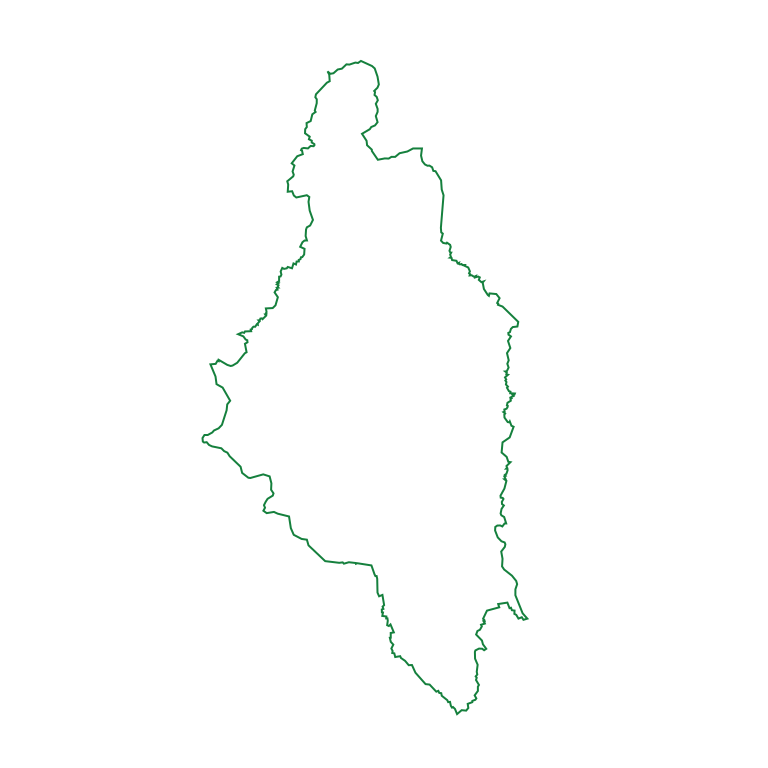 the district of Khanu Woralaksaburi, Kamphaeng Phet, Thailand, rotated 98°
{"feature_id": "78962969B71867994659832", "entity_name": "Khanu Woralaksaburi", "entity_type": "district", "adm_level": 2, "iso_a3": "THA", "parent_name": "Thailand", "parent_adm1": "Kamphaeng Phet", "projection": "robinson", "projection_center": [99.636, 16.012], "detail": "fine", "context": "isolated", "style": "outline", "palette": "green", "viewbox_px": 768, "rotation_deg": 98, "n_neighbors": 0, "source": "geoboundaries", "source_scale": "gbopen_adm2", "svg_char_len": 6132}
<svg xmlns="http://www.w3.org/2000/svg" viewBox="0 0 768 768"><g transform="rotate(98 384 384)"><path d="M700.7,265.7L696.2,261.7L696.0,257.2L693.1,255.4L689.1,256.6L686.8,252.3L685.5,252.4L684.0,249.6L682.5,248.8L679.7,250.9L674.9,248.3L670.7,248.9L668.8,248.1L664.3,251.7L662.0,251.3L660.8,252.5L658.7,251.2L656.1,252.1L649.0,252.2L643.3,255.6L636.7,256.7L635.1,256.4L632.8,253.1L632.5,249.9L633.7,247.8L632.0,245.9L628.0,249.8L624.4,251.3L619.3,257.9L615.6,257.1L614.0,254.8L610.5,253.4L608.9,254.4L607.2,250.8L605.1,252.4L604.9,251.3L603.7,251.8L602.7,253.2L594.1,250.5L589.1,238.8L586.0,240.3L583.3,231.4L588.5,228.5L587.9,227.1L590.2,225.9L590.2,223.2L593.5,222.9L594.2,220.9L597.6,218.2L595.8,215.1L598.1,213.1L596.4,209.4L591.8,214.8L574.9,224.5L569.0,225.3L563.7,224.3L560.6,225.7L556.0,230.6L551.0,239.2L548.2,241.7L540.6,242.3L533.6,244.6L528.5,241.7L525.8,241.5L524.1,242.5L523.4,245.8L520.1,250.0L513.6,253.6L510.1,253.9L508.4,252.1L507.9,249.2L508.6,247.0L505.4,245.2L505.1,243.6L499.0,246.5L497.7,249.5L496.0,250.5L491.3,250.2L487.6,248.4L486.5,250.4L484.4,250.9L481.2,249.7L480.3,250.6L480.3,252.6L478.4,253.1L470.8,250.2L462.9,249.3L461.5,251.6L461.1,250.4L458.7,252.0L458.0,250.7L457.1,251.6L455.9,250.3L452.3,249.6L450.6,250.0L450.8,251.2L449.8,250.5L448.2,251.3L443.8,247.9L443.7,250.1L439.1,252.4L435.5,258.0L425.3,258.5L419.4,252.1L408.3,249.7L407.6,252.0L403.6,254.2L404.5,254.5L404.5,256.2L400.5,260.0L397.6,260.6L396.4,259.9L395.2,261.8L394.6,260.7L392.5,261.3L391.4,259.2L389.6,258.4L388.4,258.4L388.1,259.3L385.4,259.1L382.9,256.1L381.1,256.7L380.5,255.8L379.7,256.8L377.9,254.1L377.1,255.0L376.4,253.4L375.2,253.1L375.6,257.7L374.0,257.7L373.7,259.3L370.6,261.7L369.4,260.9L367.5,263.2L365.0,263.0L363.7,264.3L362.5,263.6L360.6,265.1L357.6,262.5L357.4,264.2L355.7,264.0L354.7,265.7L354.3,264.2L350.4,262.9L346.8,264.7L343.2,263.8L336.3,266.5L330.8,263.9L324.1,267.2L319.2,264.9L317.8,267.6L316.1,268.0L315.1,266.5L311.8,266.0L309.7,264.4L308.5,259.9L303.8,259.7L290.8,277.4L289.7,282.2L288.5,282.1L288.0,283.2L282.9,281.5L279.3,285.3L279.6,292.1L282.1,292.4L281.4,293.6L276.0,298.3L269.8,300.4L268.6,299.7L269.6,301.7L267.7,304.6L265.1,304.0L264.5,305.8L265.7,308.4L264.3,308.1L265.3,309.7L264.1,312.4L264.6,314.3L263.2,314.1L262.5,315.2L260.5,314.6L256.9,316.8L255.7,320.7L254.9,320.4L255.3,322.9L254.4,323.9L255.0,325.4L254.5,326.9L253.6,326.7L254.3,327.9L251.9,329.4L251.8,333.8L249.7,334.7L249.7,336.1L249.0,335.3L246.7,336.5L244.6,335.8L244.7,336.6L243.0,337.7L239.0,337.0L237.0,337.9L235.3,341.3L236.2,341.8L236.1,345.0L234.1,347.5L226.9,346.7L225.9,348.4L221.5,349.4L188.8,351.3L183.4,353.9L174.4,355.8L166.1,362.6L166.1,364.8L162.7,366.5L161.4,369.4L161.8,371.3L160.9,374.0L158.1,377.0L152.7,379.1L145.5,379.2L146.7,388.0L150.5,393.2L153.3,400.7L157.5,404.5L158.0,408.2L160.1,410.7L160.5,414.6L162.8,421.3L155.0,428.4L153.6,428.7L149.9,434.0L145.6,435.1L139.3,440.6L133.6,433.5L131.3,432.4L129.2,428.9L125.6,426.8L119.8,429.4L115.4,428.2L112.5,428.6L107.7,431.1L103.9,429.6L100.7,431.2L99.1,433.6L96.1,433.5L95.2,434.5L91.5,431.7L88.1,430.8L80.5,433.2L72.8,437.1L70.8,440.1L67.3,451.8L69.7,454.4L69.7,457.1L72.5,462.7L72.7,465.7L77.6,469.6L79.0,473.6L83.3,477.3L84.3,480.3L82.3,483.4L85.2,481.3L91.7,479.9L93.6,482.5L106.6,491.7L109.6,491.9L111.4,490.2L115.3,489.7L122.9,490.6L124.1,489.6L126.9,492.5L133.8,493.2L136.4,497.0L140.3,496.2L142.6,497.5L146.7,497.1L149.4,492.0L152.1,492.4L153.1,489.4L154.9,489.2L156.1,486.4L157.1,486.1L158.3,486.8L158.5,489.8L161.3,492.1L161.4,496.3L162.4,498.2L164.0,498.7L164.4,497.6L167.7,496.4L170.5,501.6L178.3,506.1L180.1,503.1L186.3,504.1L189.3,502.5L191.0,502.8L196.7,508.0L199.9,506.6L207.0,506.1L205.9,501.8L209.9,499.5L211.5,496.8L207.8,486.7L209.2,484.0L214.1,484.1L222.7,481.7L231.4,477.2L237.3,479.2L239.6,482.2L241.9,482.7L248.4,482.2L252.6,480.3L253.0,482.7L255.0,484.5L259.8,486.1L261.2,481.5L266.9,481.1L269.7,482.6L270.1,483.9L272.0,484.1L273.0,485.7L274.5,485.4L274.9,487.6L277.9,487.8L277.2,490.4L282.2,491.2L281.5,495.6L283.0,496.4L283.9,499.0L283.2,500.9L287.0,502.0L290.0,500.8L291.9,501.4L292.3,502.8L296.7,502.2L298.1,503.9L298.6,502.4L300.2,504.0L300.9,502.2L302.8,502.8L303.3,502.1L303.7,503.6L305.4,502.6L306.0,504.1L308.5,505.1L312.8,501.2L321.2,502.4L324.3,504.8L325.6,511.5L329.1,510.3L330.6,510.9L330.8,510.2L331.7,510.2L331.8,511.2L332.8,510.3L336.7,513.3L336.0,514.1L336.4,515.5L338.1,515.9L338.4,517.0L339.2,515.9L341.6,517.5L342.9,517.2L342.6,518.3L345.2,519.5L345.4,521.2L346.6,522.2L348.0,522.4L348.6,523.6L350.2,522.9L351.3,529.0L352.8,529.6L352.6,531.6L355.0,535.4L356.4,529.9L359.2,527.2L359.7,525.5L361.7,525.0L363.5,527.3L371.7,524.5L372.9,526.1L383.4,532.3L386.8,536.5L387.5,538.3L386.9,541.8L383.1,551.0L384.4,550.9L384.1,552.1L387.5,553.5L388.7,558.6L400.0,551.9L407.5,549.8L410.0,543.3L422.0,534.0L426.0,536.4L431.9,536.2L447.0,538.8L450.9,541.6L453.7,545.9L455.9,547.3L459.0,551.4L459.5,554.7L462.8,556.2L466.2,555.4L467.0,554.0L466.3,551.5L468.7,548.8L469.7,545.6L470.3,536.1L472.7,533.0L473.8,529.5L477.0,526.8L485.9,514.5L491.8,512.1L495.7,505.3L495.7,503.3L490.3,491.0L491.4,484.4L498.0,481.7L504.4,481.1L507.7,478.2L510.0,478.6L513.9,483.3L516.9,484.7L520.7,486.0L523.1,484.6L526.3,485.8L528.2,482.2L526.0,475.2L527.2,471.2L528.4,459.6L539.7,456.2L545.9,452.4L548.9,444.0L548.9,438.7L554.3,436.3L567.6,417.6L567.3,403.4L566.4,400.1L567.5,398.7L565.4,394.0L565.3,390.6L565.2,386.9L565.9,386.7L565.2,385.5L565.4,371.2L573.8,366.9L575.4,365.8L575.2,364.6L577.9,363.6L591.5,361.4L594.9,359.3L593.1,356.2L603.0,353.1L604.6,354.4L606.8,353.3L607.6,354.8L610.4,354.3L610.4,353.2L613.9,353.4L613.9,349.3L615.8,349.2L615.6,348.0L617.9,347.3L622.4,347.3L623.0,345.5L621.2,344.1L628.6,339.7L629.6,342.7L634.3,342.0L634.5,342.9L638.4,341.4L640.8,338.5L644.9,339.9L647.2,338.3L649.2,338.4L649.3,336.3L652.8,334.9L651.3,330.1L653.0,329.0L655.2,324.6L659.0,320.4L658.4,317.2L665.5,312.7L675.4,301.1L675.3,297.0L681.4,289.4L680.3,287.5L682.2,286.3L682.2,284.3L684.7,283.4L688.3,277.3L690.1,276.2L689.6,274.4L693.4,273.0L695.0,271.6L694.3,270.7L695.9,268.5L700.7,265.7Z" fill="none" stroke="#15803d" stroke-width="2"/></g></svg>